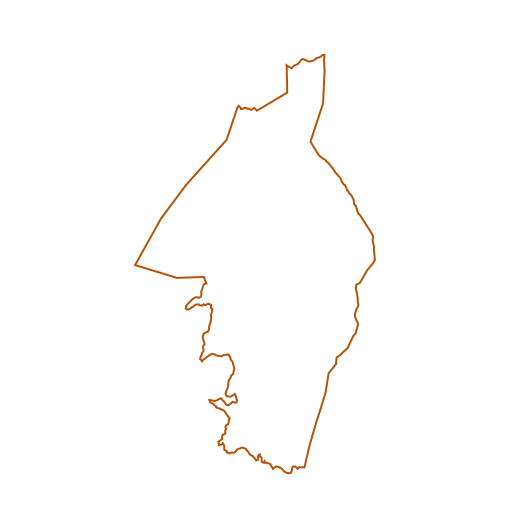 San Juan Juquila Mixes, Oaxaca, Mexico, rotated 189°
{"feature_id": "50627088B56104318486016", "entity_name": "San Juan Juquila Mixes", "entity_type": "district", "adm_level": 2, "iso_a3": "MEX", "parent_name": "Mexico", "parent_adm1": "Oaxaca", "projection": "equal_earth", "projection_center": [-95.884, 16.869], "detail": "fine", "context": "isolated", "style": "outline", "palette": "amber", "viewbox_px": 512, "rotation_deg": 189, "n_neighbors": 0, "source": "geoboundaries", "source_scale": "gbopen_adm2", "svg_char_len": 4863}
<svg xmlns="http://www.w3.org/2000/svg" viewBox="0 0 512 512"><g transform="rotate(189 256 256)"><path d="M175.2,54.8L175.0,56.8L174.9,57.3L173.6,76.1L170.3,102.6L169.5,106.8L165.9,132.0L165.9,151.5L160.1,161.8L160.5,168.4L157.9,170.7L153.5,176.4L151.1,179.5L147.6,191.8L145.4,195.6L144.5,204.8L145.7,207.0L146.9,208.2L148.7,211.8L149.3,213.5L148.4,219.5L147.5,221.6L147.3,223.1L147.4,224.7L148.3,226.2L148.5,228.2L150.1,234.2L151.5,237.7L152.2,238.9L152.5,242.6L152.4,243.4L149.4,245.4L148.2,248.2L143.8,259.7L138.9,267.8L138.0,270.8L140.6,281.0L140.7,283.5L141.3,284.6L143.4,290.0L143.3,292.6L143.8,294.4L143.9,294.6L146.9,298.3L160.0,313.0L161.3,313.4L165.4,321.3L167.0,322.3L168.4,327.0L171.5,331.0L173.9,332.6L175.2,334.6L176.0,334.9L176.7,335.9L177.7,337.8L179.1,339.9L180.7,340.5L182.3,342.1L183.7,344.4L186.2,347.4L187.2,348.1L188.8,349.5L190.9,351.1L193.9,354.6L199.4,359.5L200.7,359.9L202.6,361.8L204.3,362.3L208.8,364.7L210.5,366.2L220.1,377.5L216.8,397.9L213.6,417.1L215.2,431.4L216.8,445.6L217.3,450.0L219.2,458.6L219.9,465.4L222.0,464.7L223.0,463.3L224.5,462.0L225.8,461.7L226.7,461.1L227.5,460.5L228.1,459.7L229.0,458.6L229.8,458.1L230.6,457.7L231.4,457.4L232.2,457.0L233.0,456.6L234.8,456.3L236.2,456.8L237.4,457.4L238.8,457.4L239.8,457.7L240.4,457.8L241.5,457.5L242.9,455.0L244.1,453.0L244.8,452.2L245.9,451.4L247.2,450.4L248.0,450.0L248.6,449.5L249.2,448.7L249.6,447.9L250.0,447.1L251.0,447.3L253.4,448.0L255.6,449.2L250.7,422.3L277.8,399.7L280.6,401.8L281.3,401.7L282.0,401.0L282.5,400.5L283.0,400.1L283.3,399.7L283.8,399.7L284.1,399.7L284.3,399.7L284.5,399.7L285.0,400.1L285.5,400.3L285.9,400.3L286.4,400.4L286.7,400.4L287.0,400.4L287.3,400.2L287.7,400.3L288.2,400.3L288.5,400.4L289.2,400.6L289.7,400.7L290.2,400.7L290.7,400.5L291.1,400.1L291.4,399.9L291.7,399.6L291.9,399.5L292.0,399.4L292.8,399.0L293.1,399.0L293.4,398.9L293.6,398.9L293.9,398.9L294.1,399.2L294.2,399.6L294.3,399.9L294.5,400.1L294.5,400.3L295.0,400.5L295.3,400.7L295.6,400.8L295.9,400.9L296.1,401.2L296.4,401.4L296.6,401.6L297.5,400.3L302.3,371.4L303.2,366.3L303.2,366.2L336.2,315.2L355.4,278.6L355.7,278.0L355.8,277.8L364.1,255.1L367.6,245.6L374.0,228.1L330.6,222.0L304.4,227.1L302.1,223.3L300.7,221.1L302.8,220.3L303.4,218.6L303.8,215.9L304.3,213.5L304.5,211.4L303.8,209.3L304.1,207.1L305.5,205.9L308.2,206.0L310.0,205.3L311.9,203.5L313.1,201.9L315.3,198.8L316.9,196.4L317.2,193.3L315.6,192.3L313.3,193.1L312.0,194.7L310.6,195.8L309.5,197.1L308.0,198.5L305.1,199.3L303.7,198.7L301.9,198.4L300.3,200.1L298.8,199.4L297.5,200.2L295.8,201.3L292.8,200.8L292.4,197.5L290.7,196.8L290.8,195.2L291.0,193.3L291.3,190.6L290.8,188.7L290.3,186.9L290.5,184.7L290.7,182.0L291.2,179.8L291.2,177.6L290.8,176.0L291.9,173.5L294.1,172.4L295.6,170.9L295.9,167.4L294.9,165.2L294.3,163.5L293.0,161.1L294.0,159.1L293.9,157.1L292.9,154.0L294.3,151.4L294.2,149.6L294.9,147.8L295.1,145.5L293.5,144.4L292.8,143.6L292.6,144.3L288.6,148.7L286.6,150.6L284.7,152.2L283.1,152.6L281.1,152.3L280.3,151.7L278.0,151.5L275.7,151.6L274.7,151.5L273.9,151.7L273.7,152.2L272.4,153.1L270.8,153.4L267.9,154.5L267.0,153.4L266.6,153.0L265.6,152.2L265.0,150.1L262.7,147.8L261.4,145.1L259.8,141.4L260.1,138.3L260.1,135.8L261.7,134.3L262.1,131.9L263.4,128.7L263.5,126.9L263.3,124.2L263.4,121.4L264.1,118.3L264.6,115.6L263.4,113.3L261.8,112.9L259.1,113.0L257.8,114.2L256.2,115.3L255.3,116.4L254.0,114.8L253.1,112.2L252.1,110.5L252.3,108.9L253.0,108.0L254.0,107.9L255.4,108.1L256.1,108.4L256.8,107.8L257.1,107.3L258.5,105.5L260.3,104.1L261.4,104.3L262.4,104.6L264.7,107.2L266.9,108.7L268.3,110.0L270.9,108.4L272.2,107.2L274.6,106.3L276.9,106.6L279.5,106.4L278.3,104.3L277.0,103.8L275.4,103.4L274.8,102.8L274.1,102.6L273.6,102.1L273.0,101.8L272.4,101.6L272.0,101.1L271.4,100.1L269.8,99.8L268.0,99.6L266.0,99.1L263.4,98.3L261.4,96.3L259.2,93.8L258.0,92.8L256.6,91.2L257.2,89.2L257.0,87.4L257.2,85.4L259.0,84.3L259.5,82.4L258.3,80.6L259.1,78.8L258.6,76.0L261.0,73.9L261.4,72.0L260.8,70.0L261.8,68.8L263.9,66.9L264.8,65.9L263.9,66.3L263.7,65.3L263.4,64.9L263.2,64.2L263.0,63.3L262.2,63.7L261.5,64.0L260.5,64.5L260.1,65.0L259.7,65.7L259.5,66.0L258.7,65.0L258.3,64.7L258.0,63.9L257.6,63.3L257.5,62.6L257.3,61.5L257.2,60.6L257.2,60.1L257.0,59.7L256.6,59.6L256.1,59.3L255.2,59.2L254.0,58.2L254.2,57.5L253.8,57.3L251.3,56.9L249.2,58.2L246.9,58.3L245.7,59.4L244.8,61.5L243.5,62.6L241.5,63.5L240.4,64.4L238.5,64.6L235.8,63.8L234.3,62.3L232.4,60.8L231.3,59.2L229.3,58.3L228.0,57.9L226.1,56.4L224.1,54.2L222.3,54.7L222.6,57.4L222.4,59.6L221.2,60.6L220.7,58.7L218.9,57.5L218.2,53.6L215.8,53.0L215.4,54.6L214.2,53.3L212.7,53.3L210.8,53.1L209.1,52.5L208.2,51.0L206.9,49.6L205.9,48.4L203.8,50.9L201.4,51.4L198.3,50.4L196.3,49.2L195.1,48.0L192.8,46.9L192.5,46.7L191.0,46.6L189.1,46.6L188.5,46.9L187.7,47.3L187.0,49.8L187.1,51.5L186.7,53.8L184.1,54.2L181.7,52.4L180.4,54.1L175.2,54.8Z" fill="none" stroke="#b45309" stroke-width="2"/></g></svg>